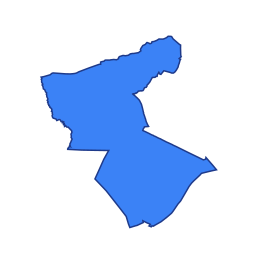 outline of San Pablo Villa de Mitla, Oaxaca, Mexico, rotated 280°
{"feature_id": "50627088B9208224547873", "entity_name": "San Pablo Villa de Mitla", "entity_type": "district", "adm_level": 2, "iso_a3": "MEX", "parent_name": "Mexico", "parent_adm1": "Oaxaca", "projection": "natural_earth1", "projection_center": [-96.275, 16.968], "detail": "fine", "context": "isolated", "style": "filled", "palette": "blue", "viewbox_px": 256, "rotation_deg": 280, "n_neighbors": 0, "source": "geoboundaries", "source_scale": "gbopen_adm2", "svg_char_len": 5036}
<svg xmlns="http://www.w3.org/2000/svg" viewBox="0 0 256 256"><g transform="rotate(280 128 128)"><path d="M188.2,89.6L186.0,90.0L185.8,88.8L184.6,86.6L180.7,79.7L174.8,69.8L173.3,67.9L172.6,66.5L171.9,64.3L171.2,61.7L170.5,57.3L169.9,51.4L169.2,44.6L168.5,43.4L166.9,42.1L164.0,36.2L163.0,33.6L161.9,34.6L161.2,34.2L160.9,34.1L160.5,34.6L159.1,34.8L158.1,35.0L156.4,36.5L155.5,35.9L155.3,36.0L154.9,36.5L154.0,37.1L153.4,37.3L152.3,37.7L151.9,37.8L151.2,39.4L149.3,40.5L148.5,41.8L147.0,41.7L146.7,42.1L144.6,42.7L143.1,43.9L142.3,44.1L142.0,43.8L141.5,43.9L141.0,43.7L140.8,44.1L139.9,44.8L139.3,44.4L138.6,45.0L137.7,45.2L137.3,45.9L136.3,46.1L136.2,46.7L135.3,47.4L134.7,47.5L134.7,48.1L134.1,48.6L133.7,49.4L133.4,49.6L132.8,49.6L132.5,50.0L131.1,49.7L130.7,50.6L130.1,50.8L129.4,50.8L128.2,51.4L127.1,51.1L126.3,51.4L125.7,51.7L125.1,52.2L124.8,52.5L124.7,52.8L124.3,55.6L123.0,56.5L123.3,57.2L124.2,58.3L124.4,59.4L124.0,60.0L123.8,60.2L123.0,60.9L122.7,60.9L122.6,61.1L122.6,61.5L122.8,61.7L122.9,61.8L123.0,62.0L123.2,62.4L123.1,62.6L122.9,62.6L122.9,62.8L122.7,62.8L122.7,63.0L122.6,62.9L122.5,63.1L122.3,63.0L122.4,63.3L122.1,63.2L122.2,63.4L122.0,63.6L121.9,63.6L121.7,63.6L121.4,63.7L121.4,64.2L121.0,64.1L121.1,64.4L120.8,64.4L120.4,64.3L120.1,64.1L120.0,64.6L120.0,64.8L119.9,64.8L119.6,64.9L119.8,65.0L120.0,65.1L119.4,65.4L119.0,65.5L118.8,65.5L119.1,65.8L119.2,66.0L119.4,66.1L119.3,66.3L119.2,66.2L119.1,66.3L118.8,66.7L118.7,67.0L118.3,67.5L118.3,68.0L118.4,68.5L118.5,68.8L118.2,69.3L117.8,69.8L117.0,70.9L116.3,71.8L116.2,72.0L115.7,72.8L115.3,73.1L113.8,73.5L113.6,73.5L112.1,72.9L111.8,73.0L110.9,73.3L110.5,73.6L109.2,73.6L108.7,73.6L108.5,73.8L108.0,74.4L107.4,74.8L107.1,74.8L106.8,74.8L106.5,74.6L106.2,74.4L105.4,74.4L105.0,74.3L103.0,73.8L102.4,73.6L101.8,73.7L100.7,73.7L100.9,73.9L100.8,74.0L100.6,73.9L100.4,73.6L100.2,73.5L99.6,74.3L99.6,74.0L99.5,73.7L99.2,73.6L98.9,73.2L98.7,72.9L98.5,72.7L98.3,72.7L97.9,72.6L97.6,72.7L97.4,72.6L97.2,72.3L96.9,72.2L96.5,72.3L98.2,86.0L100.3,99.3L102.5,112.9L93.0,109.6L80.2,106.4L72.1,104.3L62.4,117.4L50.5,130.7L44.1,137.8L40.6,141.6L33.6,145.1L30.3,147.1L33.0,152.4L33.6,153.8L37.5,159.4L39.2,158.8L37.9,163.1L37.7,163.9L37.7,164.1L37.6,164.5L37.5,164.8L37.4,165.2L37.4,165.4L37.3,165.7L37.0,166.7L36.4,166.4L35.7,166.1L35.3,165.9L35.2,165.8L34.8,167.7L34.7,168.0L35.8,168.6L35.8,168.9L35.7,169.4L35.7,169.8L36.0,170.0L36.0,170.4L36.4,170.7L38.2,172.9L41.5,176.9L47.3,182.1L51.7,185.7L54.0,186.9L61.8,190.4L65.3,192.5L77.2,196.9L81.1,198.3L84.8,200.2L87.3,201.9L94.5,207.3L96.1,208.2L98.8,214.3L100.4,218.0L102.2,222.4L105.6,218.4L112.5,209.9L110.8,209.9L109.7,207.8L113.7,193.8L114.0,192.7L117.6,180.4L117.7,180.1L118.1,178.7L118.3,178.0L118.6,176.7L119.1,175.0L119.3,174.6L120.1,171.5L120.6,169.6L120.9,168.2L121.2,167.4L122.4,163.4L122.9,162.0L123.1,161.0L123.2,160.4L123.8,158.3L123.9,158.1L124.1,157.4L124.4,156.6L124.6,155.3L125.2,153.9L125.2,153.5L125.3,152.9L125.6,151.8L126.3,149.7L127.0,147.1L127.2,146.5L128.1,143.0L129.8,143.2L131.5,144.0L132.0,144.0L132.4,145.4L132.6,146.2L133.0,147.8L133.1,148.0L133.2,147.9L135.4,146.2L135.9,145.9L137.2,145.0L139.1,144.0L139.6,143.9L140.7,143.2L142.1,142.5L143.7,141.6L145.2,140.7L145.8,140.7L146.5,140.3L150.1,138.8L153.7,137.1L156.9,134.7L157.4,134.3L159.3,131.7L159.5,131.3L160.1,130.4L160.5,129.9L160.8,129.3L161.3,128.5L161.7,127.7L162.3,126.8L162.7,127.2L162.7,127.9L162.8,128.4L162.9,128.5L163.2,128.8L163.2,129.2L163.5,129.9L164.1,129.9L164.3,130.7L164.8,131.2L165.1,131.3L166.1,131.7L166.5,133.3L166.8,133.8L166.8,134.7L167.0,134.9L167.0,135.1L167.2,135.5L167.2,135.9L167.5,136.3L168.3,136.7L169.1,136.9L170.0,137.1L170.6,137.3L171.2,138.8L171.3,138.8L172.3,139.4L173.3,139.3L173.6,139.3L174.1,139.8L174.3,139.9L174.9,140.3L175.0,140.4L175.3,140.4L175.3,140.5L175.8,140.8L176.1,141.0L176.6,141.2L176.8,141.4L177.7,141.7L177.9,141.8L178.3,141.9L178.6,142.0L178.9,142.1L180.9,142.8L181.5,143.0L182.0,143.2L182.6,145.8L182.9,146.1L183.5,146.4L183.9,147.7L185.4,147.7L188.2,148.7L186.5,150.2L186.5,151.1L190.6,153.4L190.1,159.5L189.7,161.5L190.0,163.2L190.7,163.9L191.5,164.6L192.5,165.1L193.8,165.7L195.2,166.2L195.8,166.4L196.3,166.6L196.7,166.7L198.3,166.8L199.3,166.9L200.1,167.1L200.4,167.2L201.1,167.2L201.6,167.3L201.8,167.3L203.7,167.4L203.8,167.5L204.7,167.8L204.7,167.7L205.0,166.6L205.2,166.3L207.4,168.0L207.5,167.9L208.9,167.3L215.6,165.9L218.7,165.4L218.8,165.4L219.3,164.1L220.6,161.9L223.6,156.9L225.6,155.1L225.7,154.3L225.3,151.6L223.7,150.3L222.3,148.3L221.6,147.0L221.0,143.0L219.5,141.4L218.0,139.1L217.5,138.1L217.4,137.4L216.9,136.5L215.8,136.5L215.4,136.1L214.9,135.2L214.8,134.9L215.1,134.3L215.5,132.0L215.4,131.7L214.3,131.1L213.3,130.5L211.8,128.3L208.9,127.0L207.4,126.6L206.2,127.3L204.0,125.2L202.4,120.7L202.2,119.5L201.4,117.4L199.7,115.7L198.7,112.9L198.6,110.5L196.8,107.1L195.6,106.5L194.6,106.6L193.2,104.9L193.0,102.1L192.1,99.1L191.7,98.3L191.0,94.1L190.6,93.4L189.9,93.0L189.6,92.7L188.8,90.7L188.2,89.6Z" fill="#3b82f6" stroke="#1e3a8a" stroke-width="1.5"/></g></svg>